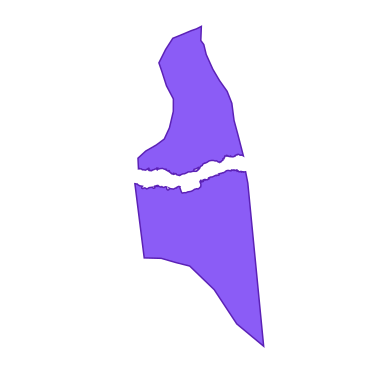 Zemam Out, Al Bahr al Ahmar, Egypt, rotated 262°
{"feature_id": "37247803B6993574009783", "entity_name": "Zemam Out", "entity_type": "district", "adm_level": 2, "iso_a3": "EGY", "parent_name": "Egypt", "parent_adm1": "Al Bahr al Ahmar", "projection": "natural_earth1", "projection_center": [30.77, 28.19], "detail": "fine", "context": "isolated", "style": "filled", "palette": "violet", "viewbox_px": 384, "rotation_deg": 262, "n_neighbors": 0, "source": "geoboundaries", "source_scale": "gbopen_adm2", "svg_char_len": 5918}
<svg xmlns="http://www.w3.org/2000/svg" viewBox="0 0 384 384"><g transform="rotate(262 192 192)"><path d="M193.0,248.5L204.6,247.9L204.6,246.5L204.5,246.3L204.4,245.6L204.4,245.4L204.6,245.8L204.8,245.8L204.9,245.6L205.1,244.7L205.1,244.4L204.8,244.3L204.8,244.1L205.0,243.9L204.9,243.6L205.0,243.5L205.1,243.4L205.3,243.9L205.5,243.7L205.6,242.8L205.4,242.3L205.4,241.7L205.5,241.3L205.7,241.2L205.8,241.3L206.3,240.7L206.1,240.4L206.3,239.9L206.6,240.2L206.7,239.9L206.6,239.7L207.4,239.8L207.8,238.7L208.0,238.6L207.5,238.6L207.4,238.5L207.3,238.2L207.5,237.9L207.4,237.5L207.5,236.8L207.5,236.7L208.0,236.7L208.1,235.3L207.9,235.0L207.9,234.5L208.2,234.4L208.3,234.3L208.3,234.1L207.6,233.8L207.5,233.6L207.5,233.4L208.2,231.3L208.4,230.7L208.3,229.3L208.2,228.8L207.4,227.7L206.6,225.5L206.6,225.3L206.8,224.7L206.3,223.5L206.5,223.1L206.3,222.0L206.4,221.4L206.3,221.2L206.1,221.5L205.5,221.5L205.0,221.0L204.9,220.6L204.9,219.9L205.3,219.3L205.3,219.1L205.1,218.7L205.2,218.3L204.9,218.2L205.1,217.6L205.0,217.1L204.6,215.9L204.1,214.3L204.2,212.1L204.0,211.7L203.5,211.4L203.4,211.1L203.6,210.8L203.7,210.5L203.6,210.3L203.3,210.2L202.5,210.4L202.4,210.0L202.4,209.6L202.0,209.1L202.1,208.4L202.0,206.9L202.5,207.0L202.6,206.8L202.7,206.0L202.4,205.4L202.2,205.3L201.9,205.2L202.0,205.0L202.3,205.0L202.4,204.8L202.3,204.7L202.1,204.7L202.0,204.4L201.8,204.5L201.7,204.7L201.4,204.6L201.2,204.7L200.9,204.6L200.9,203.6L200.6,203.3L200.6,202.7L200.8,202.6L201.5,202.5L202.3,202.6L202.4,202.4L202.3,202.2L201.9,201.9L201.8,202.2L201.7,202.2L201.3,202.2L201.2,201.9L201.0,202.2L200.7,202.1L200.7,201.8L200.9,201.7L200.7,201.5L200.4,201.4L198.6,201.9L197.6,201.8L195.9,201.3L195.9,201.2L194.5,199.2L194.2,198.6L194.2,198.1L194.6,197.5L194.6,196.9L194.4,196.0L194.3,194.8L193.6,193.6L192.8,191.4L192.7,189.3L192.7,187.8L192.4,186.8L192.1,186.1L192.4,184.3L192.3,182.2L192.7,181.8L193.9,181.4L197.8,180.6L198.3,180.6L198.8,180.9L199.4,179.8L199.2,178.8L199.0,178.4L198.7,177.5L198.6,177.3L198.1,177.2L198.1,176.6L198.2,176.2L197.4,173.9L197.7,173.3L198.2,171.4L198.6,170.6L199.0,170.0L198.7,170.1L198.4,170.0L197.8,169.7L197.4,169.1L197.3,168.7L197.3,168.3L197.6,167.9L198.3,167.5L198.7,167.4L200.5,167.6L200.6,167.1L200.9,166.2L200.4,165.2L200.5,164.5L200.6,164.0L200.8,163.8L201.0,163.2L201.3,163.1L201.6,162.9L201.7,162.3L201.8,162.3L201.3,162.1L201.3,161.5L201.4,161.2L201.9,160.9L202.0,160.2L202.2,159.8L202.8,159.6L203.1,159.3L203.0,159.2L202.6,158.9L203.2,158.6L203.1,158.2L202.5,157.8L202.5,157.6L202.6,157.0L202.6,156.9L202.8,156.9L202.8,157.1L203.1,157.2L203.0,156.7L203.0,155.9L202.8,155.5L202.4,155.9L201.3,155.8L201.1,155.5L201.0,154.5L201.1,154.2L201.3,154.0L202.3,153.5L202.3,152.8L202.2,152.5L202.3,152.2L202.3,150.1L202.1,149.7L201.7,149.0L201.4,147.6L201.9,146.9L202.6,146.0L202.7,145.5L202.5,144.6L202.2,143.9L202.5,143.2L202.8,142.8L203.2,142.8L203.7,143.0L204.0,143.0L204.6,143.7L204.8,143.2L204.9,142.5L205.5,141.0L205.9,140.5L206.3,139.8L207.1,139.2L207.6,138.8L207.5,138.4L208.0,137.4L208.2,136.6L133.4,135.5L130.6,152.3L124.3,166.4L119.0,179.4L92.2,200.4L55.1,218.0L29.3,241.5L193.0,248.5ZM222.4,142.2L222.6,143.1L222.1,143.5L222.1,143.8L222.1,144.5L221.8,145.2L220.9,145.9L220.8,146.9L220.1,149.2L220.4,149.7L220.7,150.2L220.8,150.8L221.4,151.8L221.6,152.2L221.5,152.4L221.4,152.7L221.2,152.7L220.8,152.0L220.6,151.7L220.2,151.7L220.0,151.9L220.4,152.1L220.5,152.4L220.4,152.6L220.2,152.7L219.7,152.4L219.5,152.9L219.2,152.8L219.1,153.1L219.3,153.3L219.3,153.6L219.0,153.7L218.9,153.5L218.9,154.2L218.7,154.7L218.7,154.9L218.9,155.4L219.3,155.7L219.2,156.1L219.4,156.8L219.4,157.3L219.8,158.3L219.8,158.8L220.0,159.4L220.0,159.8L220.3,160.1L220.5,160.2L220.7,160.6L220.6,160.8L220.1,160.4L220.1,160.7L220.2,160.9L220.2,161.2L219.8,160.9L219.7,160.9L219.3,160.8L218.9,160.5L218.7,160.7L219.2,161.2L219.4,161.6L219.4,162.6L219.6,163.4L219.5,166.0L219.3,166.4L218.4,167.9L218.3,168.8L218.1,169.4L217.7,169.1L217.0,169.9L216.8,170.3L216.2,171.0L216.4,171.2L216.3,171.5L216.4,172.2L216.3,172.4L215.4,172.1L214.9,172.5L214.5,173.3L213.9,173.5L213.6,173.8L213.3,174.5L213.1,174.5L213.0,174.4L212.7,174.7L212.6,175.2L212.4,175.6L212.3,176.1L212.9,176.3L213.1,176.6L212.9,176.7L212.1,176.6L212.3,178.0L212.5,178.3L212.5,178.5L212.4,178.7L211.6,179.0L211.2,179.3L210.9,180.0L210.4,181.3L210.5,181.5L210.4,181.7L210.1,181.8L210.2,182.6L210.6,182.9L210.6,183.3L211.1,184.8L211.3,185.7L211.1,186.3L211.1,187.0L211.3,188.0L211.9,189.8L212.0,190.2L212.2,190.4L212.4,191.3L212.4,191.8L212.3,192.2L212.1,193.2L212.2,194.8L212.4,195.5L212.2,196.8L211.9,199.0L212.0,199.4L212.3,200.1L213.7,202.1L214.6,203.0L215.0,203.1L215.8,203.7L216.2,204.1L216.9,205.9L217.9,206.5L218.5,207.3L218.7,208.6L218.9,208.7L218.8,209.4L219.4,211.3L219.8,212.0L220.5,213.6L220.5,216.1L220.2,217.8L219.7,218.8L219.4,219.9L219.6,220.3L219.3,220.9L218.2,222.0L217.9,222.5L218.0,223.9L217.6,223.9L217.9,224.4L217.9,224.6L217.8,224.8L218.6,225.6L219.2,227.0L219.8,227.2L220.1,227.1L220.7,227.4L220.8,227.8L220.5,228.1L220.5,228.3L220.9,228.5L221.3,228.5L221.6,228.7L222.0,229.2L222.3,229.2L223.1,229.6L222.8,230.7L223.4,231.0L223.5,231.6L222.6,232.0L222.6,232.4L222.8,232.5L222.7,232.8L222.3,233.1L221.9,233.8L221.9,234.2L222.1,234.7L222.3,235.0L222.2,235.3L221.6,235.2L221.1,237.4L221.2,238.2L221.3,238.7L221.9,239.5L221.6,239.7L222.5,240.8L222.5,241.8L222.8,241.8L222.9,242.2L222.9,243.1L222.7,243.6L222.1,244.2L221.7,244.9L221.8,246.0L221.5,246.3L221.4,246.9L220.6,247.9L242.7,245.4L257.0,243.6L274.3,243.8L286.8,240.8L298.4,234.8L310.7,229.7L326.2,225.2L336.4,224.2L340.8,221.8L354.7,224.3L352.9,219.0L351.9,213.8L347.9,198.5L346.9,194.4L336.8,185.7L324.5,177.2L314.7,179.1L300.7,181.5L286.8,186.5L274.4,184.7L258.7,178.6L248.3,171.9L243.5,163.1L239.0,151.9L233.0,143.2L222.4,142.2ZM215.5,201.7L214.6,202.8L212.1,199.4L212.3,196.6L214.1,197.1L214.7,200.1L215.5,201.7Z" fill="#8b5cf6" stroke="#5b21b6" stroke-width="1.5"/></g></svg>